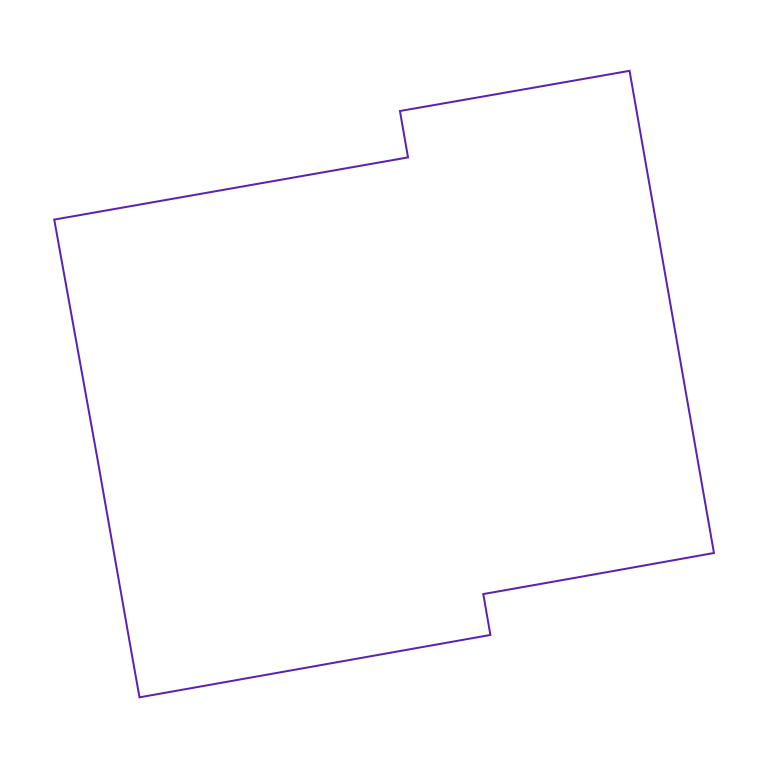 Webster, Iowa, United States of America, rotated 80°
{"feature_id": "52423323B53229348544328", "entity_name": "Webster", "entity_type": "district", "adm_level": 2, "iso_a3": "USA", "parent_name": "United States of America", "parent_adm1": "Iowa", "projection": "equal_earth", "projection_center": [-94.17, 42.427], "detail": "fine", "context": "isolated", "style": "outline", "palette": "violet", "viewbox_px": 768, "rotation_deg": 80, "n_neighbors": 0, "source": "geoboundaries", "source_scale": "gbopen_adm2", "svg_char_len": 319}
<svg xmlns="http://www.w3.org/2000/svg" viewBox="0 0 768 768"><g transform="rotate(80 384 384)"><path d="M407.3,679.2L599.9,679.3L650.1,679.2L649.6,322.8L608.1,322.7L608.0,205.8L607.7,88.4L118.2,87.8L118.1,204.9L117.9,320.9L165.0,321.0L164.8,680.2L407.3,679.2Z" fill="none" stroke="#5b21b6" stroke-width="2"/></g></svg>